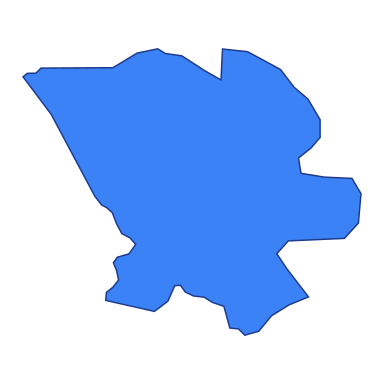 an SVG outline of Pader
{"feature_id": "UGA-3101", "entity_name": "Pader", "entity_type": "District", "adm_level": 1, "iso_a3": "UGA", "parent_name": "Uganda", "parent_adm1": "", "projection": "orthographic", "projection_center": [32.872, 2.852], "detail": "fine", "context": "isolated", "style": "filled", "palette": "blue", "viewbox_px": 384, "rotation_deg": 0, "n_neighbors": 0, "source": "natural_earth", "source_scale": "10m", "svg_char_len": 866}
<svg xmlns="http://www.w3.org/2000/svg" viewBox="0 0 384 384"><path d="M154.4,311.4L105.7,300.4L106.4,292.4L112.8,287.3L118.6,280.0L116.5,270.3L113.4,262.8L117.3,257.2L128.9,253.9L135.7,244.4L130.0,237.9L121.8,233.6L116.5,223.6L112.3,212.7L106.9,207.8L101.5,204.9L94.8,196.2L51.1,114.2L23.0,76.8L27.5,73.3L35.9,73.2L41.0,68.1L112.9,67.7L137.1,53.1L157.7,48.8L165.3,53.5L181.7,55.8L205.1,70.9L221.0,80.0L222.5,49.0L247.6,51.7L280.5,69.5L294.2,87.4L308.0,99.1L320.1,119.7L320.1,137.5L311.2,147.8L298.5,158.0L301.0,173.3L324.0,177.1L352.0,178.4L361.0,193.7L358.4,223.1L344.4,238.4L288.3,240.9L276.8,253.7L287.0,269.0L308.5,296.9L289.0,304.9L271.5,315.8L258.8,331.2L244.8,335.2L238.5,328.9L229.8,328.0L223.9,306.3L212.4,302.4L204.1,297.2L193.7,296.0L185.5,292.2L180.5,285.4L174.8,285.6L167.9,301.2L154.4,311.4Z" fill="#3b82f6" stroke="#1e3a8a" stroke-width="1.5"/></svg>